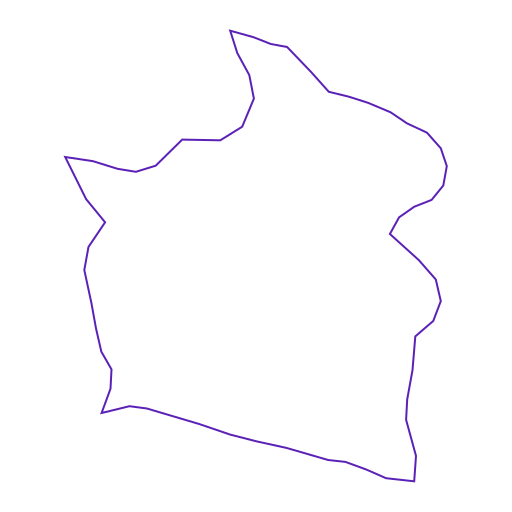 outline of Nova Guataporanga, São Paulo, Brazil
{"feature_id": "56859067B54757291963990", "entity_name": "Nova Guataporanga", "entity_type": "district", "adm_level": 2, "iso_a3": "BRA", "parent_name": "Brazil", "parent_adm1": "São Paulo", "projection": "orthographic", "projection_center": [-51.644, -21.32], "detail": "fine", "context": "isolated", "style": "outline", "palette": "violet", "viewbox_px": 512, "rotation_deg": 0, "n_neighbors": 0, "source": "geoboundaries", "source_scale": "gbopen_adm2", "svg_char_len": 829}
<svg xmlns="http://www.w3.org/2000/svg" viewBox="0 0 512 512"><path d="M230.2,30.7L237.3,53.1L249.3,75.1L253.9,98.6L242.2,126.7L220.3,140.3L182.2,139.6L155.7,165.7L135.9,171.8L117.5,168.8L93.1,161.2L65.2,157.0L86.1,199.1L105.1,222.3L88.5,246.9L84.3,270.0L91.4,303.0L96.0,328.4L101.3,351.6L111.5,369.4L110.5,388.7L101.6,413.0L129.5,406.2L146.9,408.5L199.1,424.0L230.2,434.6L256.7,441.4L286.4,447.9L328.1,460.0L345.4,461.9L366.2,469.5L386.0,478.2L414.2,481.3L416.0,455.9L406.1,419.8L407.2,399.4L412.5,370.2L415.3,336.4L433.3,320.9L440.8,301.1L435.8,279.5L418.9,260.2L389.9,234.0L399.1,217.3L414.3,206.7L431.6,199.9L443.3,185.5L446.8,166.1L440.8,148.3L427.0,132.7L406.9,123.3L390.6,112.3L368.0,102.8L348.9,96.7L328.8,91.8L310.8,71.7L287.1,47.0L270.8,44.0L253.5,37.2L230.2,30.7Z" fill="none" stroke="#5b21b6" stroke-width="2"/></svg>